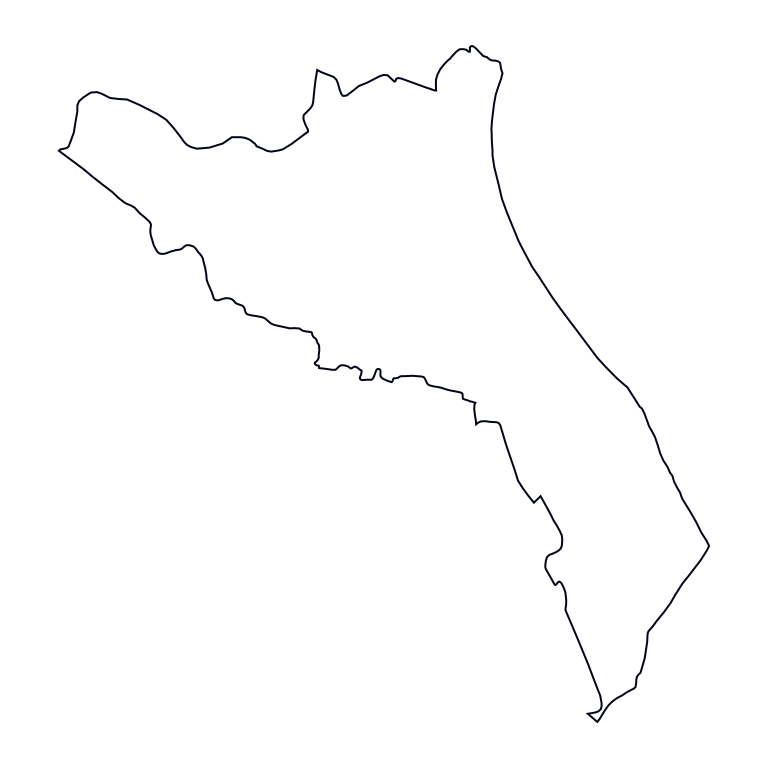 outline of Tuy Hoa, Phú Yên, Vietnam
{"feature_id": "81297802B45106503001809", "entity_name": "Tuy Hoa", "entity_type": "district", "adm_level": 2, "iso_a3": "VNM", "parent_name": "Vietnam", "parent_adm1": "Phú Yên", "projection": "orthographic", "projection_center": [109.269, 13.094], "detail": "fine", "context": "isolated", "style": "outline", "palette": "ink", "viewbox_px": 768, "rotation_deg": 0, "n_neighbors": 0, "source": "geoboundaries", "source_scale": "gbopen_adm2", "svg_char_len": 5468}
<svg xmlns="http://www.w3.org/2000/svg" viewBox="0 0 768 768"><path d="M709.1,546.0L706.4,540.5L701.4,532.7L696.2,522.1L689.6,510.7L684.2,501.9L682.2,498.6L681.1,495.8L680.2,492.8L677.2,487.8L674.1,481.6L673.2,478.7L672.7,476.7L672.0,475.3L670.0,472.6L668.7,469.7L667.8,467.5L663.3,460.4L660.2,453.4L657.8,445.4L655.2,437.7L653.9,434.8L649.1,426.3L644.4,413.4L642.0,408.6L639.8,406.8L639.6,406.5L627.3,387.2L625.6,385.9L617.2,378.6L613.9,375.3L605.5,366.7L597.3,357.8L575.2,328.3L573.4,326.0L560.5,308.8L552.8,298.1L538.7,276.4L532.3,267.1L521.9,247.6L518.5,240.8L510.1,220.3L506.9,212.5L501.9,198.7L498.5,184.0L494.3,167.2L492.5,155.4L492.5,150.4L491.9,142.3L491.7,134.1L491.4,129.5L492.0,120.8L492.6,115.5L494.0,104.2L495.7,94.9L496.8,91.3L499.5,83.2L501.0,79.1L502.5,73.4L502.1,72.2L501.0,68.5L500.4,64.4L500.1,62.8L498.3,61.5L495.8,60.6L492.1,60.5L489.6,59.5L487.2,57.3L483.2,56.0L475.5,48.0L472.7,46.1L471.2,46.1L469.9,47.3L469.9,51.7L468.6,51.7L466.2,49.7L462.8,49.1L459.6,49.3L456.2,51.8L452.4,55.8L449.7,59.1L448.1,60.1L444.3,64.1L440.2,69.3L437.6,74.3L436.0,79.5L435.9,84.2L436.1,90.5L434.9,90.5L424.0,86.8L401.5,78.6L398.1,78.0L396.2,78.9L395.5,81.0L394.6,81.6L392.6,80.0L387.7,75.3L383.7,74.9L379.3,76.4L367.1,82.7L358.9,86.0L353.9,90.0L346.7,95.5L344.8,95.8L342.6,95.8L341.1,93.5L339.6,89.5L338.1,83.8L336.4,79.7L333.6,76.9L321.6,72.3L317.2,70.0L315.5,80.2L314.3,90.3L313.2,101.7L312.5,104.9L310.9,107.7L307.4,111.4L304.2,114.5L303.5,115.8L303.5,119.3L305.6,125.3L307.7,129.2L308.1,131.7L305.9,133.2L291.5,144.0L282.9,149.3L278.5,150.5L271.2,151.6L267.2,150.9L261.5,148.3L256.6,146.3L256.6,146.1L254.8,143.6L249.9,139.8L245.3,137.9L240.7,137.2L231.9,137.2L222.8,143.5L209.5,147.6L196.8,148.7L191.0,147.0L187.3,145.1L184.3,142.2L180.3,136.6L173.7,128.1L166.4,119.9L157.4,114.0L139.0,104.7L127.1,99.5L118.7,99.0L110.1,98.0L101.8,93.8L96.9,92.1L90.7,92.6L83.2,97.5L79.0,101.3L77.4,105.3L77.3,111.8L75.6,121.4L73.8,132.6L70.9,140.6L68.6,146.5L67.4,147.7L64.6,148.6L60.3,149.4L58.9,150.8L84.1,169.6L92.0,176.3L101.8,184.0L112.4,192.1L118.1,197.6L124.4,202.5L126.9,203.9L131.2,205.6L134.7,207.7L139.8,213.3L144.5,217.2L149.5,221.7L150.8,224.0L151.0,225.4L150.6,227.5L150.3,230.9L150.5,233.8L150.9,235.6L152.2,240.0L153.7,245.1L155.3,248.3L157.3,251.7L159.2,253.4L161.5,253.9L164.4,253.8L166.4,253.2L170.5,251.6L175.6,250.2L179.4,249.7L181.5,248.9L183.4,247.3L185.5,245.6L187.2,245.2L189.4,245.2L191.7,245.9L193.8,246.7L195.8,248.7L197.9,251.7L201.1,255.4L202.7,258.0L203.8,262.7L205.2,268.0L206.2,273.9L206.7,279.7L207.4,282.0L208.9,285.6L211.9,292.5L213.9,298.7L215.3,300.0L217.5,300.4L219.0,300.1L222.6,298.9L226.2,298.1L229.8,298.5L231.7,299.2L233.6,300.6L235.6,303.0L237.5,304.0L241.7,305.4L243.4,306.5L244.6,308.7L245.5,312.2L246.8,314.0L248.6,314.7L252.2,315.5L256.6,316.1L262.8,317.4L265.7,318.9L268.8,321.7L270.9,323.4L271.4,323.7L274.2,324.9L278.1,325.8L284.6,327.2L289.9,328.4L294.1,328.1L299.6,328.5L300.1,329.0L302.7,330.7L306.1,331.5L308.4,331.7L311.4,332.2L312.0,333.2L312.3,334.9L313.2,336.6L314.0,337.4L315.8,338.8L316.3,339.5L317.2,342.1L317.8,343.5L318.8,344.6L319.1,346.1L319.3,350.2L318.7,355.1L318.7,357.8L318.2,359.1L317.3,360.5L316.1,361.7L314.8,362.7L314.8,363.5L315.3,364.3L316.3,365.2L317.6,365.5L318.7,365.7L319.0,366.9L319.1,368.1L324.8,368.7L332.2,369.8L335.2,369.8L336.5,369.1L337.3,368.2L339.2,366.3L341.1,365.3L343.0,365.2L345.8,365.7L347.9,366.4L349.3,367.4L350.8,368.4L351.6,368.4L352.7,367.6L354.3,366.7L356.0,366.9L358.1,368.2L360.1,369.8L361.5,370.6L361.6,371.7L361.4,373.3L360.0,377.2L359.9,378.3L360.6,379.6L362.1,380.1L367.5,379.7L371.3,379.8L372.3,379.2L372.9,378.6L374.2,375.9L376.2,370.4L377.0,369.3L377.8,369.0L379.1,369.0L380.2,369.8L380.5,371.7L380.4,375.1L380.7,376.5L382.4,378.4L385.8,380.1L389.9,381.7L391.6,382.1L392.1,381.8L392.6,381.1L393.1,379.2L393.7,378.3L395.1,378.3L397.8,377.9L400.1,376.5L401.0,376.2L406.1,376.1L412.3,375.8L420.3,376.4L422.5,376.7L423.9,377.3L424.9,378.7L425.9,380.7L427.0,383.2L428.0,384.4L428.1,384.6L430.4,385.6L434.2,386.5L436.6,386.8L440.3,387.5L446.3,389.4L450.5,390.5L454.0,391.1L460.2,392.4L461.7,392.9L462.6,394.1L462.7,397.2L463.0,398.7L464.2,399.3L467.5,400.3L470.4,401.5L471.3,401.5L475.4,402.8L474.6,404.2L474.2,408.7L474.5,411.5L475.0,415.6L475.5,418.5L475.9,420.9L476.1,424.3L478.0,422.8L480.8,421.4L485.2,421.2L490.4,421.9L496.5,422.2L498.7,423.1L500.2,425.0L506.1,444.8L515.0,470.9L517.9,480.4L522.6,487.9L528.1,495.5L533.9,502.7L540.6,496.2L545.9,505.7L550.5,514.1L553.6,520.5L556.8,525.5L560.0,531.4L561.8,535.5L562.2,538.4L562.1,542.9L561.8,545.9L560.8,548.4L559.0,550.3L556.1,552.1L553.0,553.5L549.9,554.7L548.5,555.5L546.9,557.4L545.9,560.7L545.3,565.1L545.4,567.7L546.0,569.4L547.4,571.7L554.7,584.7L555.5,585.0L556.5,584.2L558.2,582.0L559.4,581.6L561.1,582.7L563.0,586.1L565.3,592.0L566.2,599.6L566.2,603.0L566.0,605.7L565.4,609.5L566.1,611.6L577.0,637.3L587.8,663.4L595.0,682.4L597.9,689.8L600.2,695.6L601.6,703.2L601.6,706.1L601.3,707.5L600.8,709.1L599.3,710.6L597.7,711.7L594.7,712.6L587.9,713.8L597.3,721.9L599.2,719.6L601.2,716.4L605.1,710.0L608.5,705.3L612.1,701.7L614.4,700.0L617.0,698.1L622.1,695.4L626.6,692.4L631.6,689.7L633.9,688.6L635.5,687.0L636.2,682.9L636.3,679.9L636.8,677.2L638.1,675.0L640.5,672.8L644.6,658.6L645.4,653.9L647.2,641.7L647.5,635.2L647.8,633.0L648.4,631.4L652.4,626.8L657.7,619.7L663.7,612.5L670.4,603.3L675.1,595.1L682.4,583.6L688.6,575.9L700.6,560.3L706.8,550.6L709.1,546.0Z" fill="none" stroke="#020617" stroke-width="2"/></svg>